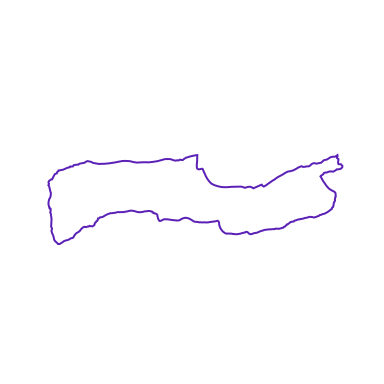 outline of Parklai, Xaignabouri, Laos, rotated 55°
{"feature_id": "54806243B45153092091690", "entity_name": "Parklai", "entity_type": "district", "adm_level": 2, "iso_a3": "LAO", "parent_name": "Laos", "parent_adm1": "Xaignabouri", "projection": "albers", "projection_center": [101.569, 18.46], "detail": "fine", "context": "isolated", "style": "outline", "palette": "violet", "viewbox_px": 384, "rotation_deg": 55, "n_neighbors": 0, "source": "geoboundaries", "source_scale": "gbopen_adm2", "svg_char_len": 5983}
<svg xmlns="http://www.w3.org/2000/svg" viewBox="0 0 384 384"><g transform="rotate(55 192 192)"><path d="M163.1,293.2L163.0,291.8L163.1,290.9L161.7,289.4L161.8,288.7L161.3,287.4L161.1,287.0L161.3,286.2L160.9,285.3L160.7,285.1L160.4,285.0L160.2,284.3L159.9,284.1L160.1,283.9L160.2,283.7L160.2,283.2L160.2,282.4L160.0,282.0L160.9,280.1L161.4,278.6L161.3,277.9L161.3,277.4L161.6,274.6L161.9,273.8L161.9,273.4L162.6,270.9L163.2,270.1L163.8,269.0L165.1,266.5L165.4,265.4L166.0,264.1L167.1,262.8L168.5,260.5L169.4,259.4L169.9,257.9L170.5,256.8L171.7,253.7L172.5,252.3L174.6,250.1L177.2,248.1L178.0,247.2L178.5,246.4L179.1,245.7L179.3,245.2L180.2,243.4L180.6,242.1L181.7,240.3L182.5,238.6L183.8,237.1L185.1,236.0L185.7,235.9L186.1,236.1L186.4,235.9L186.4,235.6L186.6,235.4L186.8,235.3L187.1,235.6L188.1,235.0L188.2,234.7L188.5,234.5L189.1,234.0L189.9,233.6L190.8,233.5L191.2,233.7L191.9,234.1L194.3,235.0L194.8,235.2L196.5,235.3L196.8,235.3L197.3,235.0L197.4,234.8L197.9,233.4L197.9,232.7L198.2,230.8L198.5,230.2L198.7,229.9L199.0,229.7L199.9,228.3L200.8,227.2L203.6,224.3L206.6,220.8L207.6,219.4L208.0,218.2L208.0,216.3L208.5,214.2L208.8,213.2L209.6,211.8L210.3,211.1L211.7,209.9L212.9,209.2L214.6,208.4L217.1,207.4L218.3,206.4L220.0,204.3L221.0,203.5L221.6,202.5L222.3,201.7L223.0,200.8L223.5,199.9L224.2,199.0L224.6,198.3L225.4,197.5L225.9,196.5L226.4,195.7L227.0,194.2L227.4,193.7L227.6,193.1L228.8,190.9L229.6,189.3L230.0,188.0L230.4,187.4L231.3,187.2L232.4,187.3L233.9,188.2L234.7,188.6L235.2,188.8L237.8,189.5L238.2,189.4L238.7,189.5L239.6,189.5L240.4,189.6L242.8,189.2L244.9,188.4L245.4,188.0L245.8,187.6L246.2,187.3L246.3,187.0L246.6,186.4L248.3,184.2L248.9,183.3L249.7,182.8L250.4,181.7L251.3,180.9L252.6,179.0L253.9,176.2L254.4,174.5L254.8,173.6L255.1,172.6L255.6,171.8L255.7,171.4L255.6,170.9L256.1,169.9L256.8,169.5L257.9,169.3L258.9,169.1L259.5,168.8L260.2,168.2L260.8,166.8L261.0,166.4L261.0,165.6L261.2,165.2L261.7,163.9L262.4,162.7L262.7,161.7L263.6,157.4L264.0,156.8L264.0,156.5L264.4,155.4L264.6,154.5L266.2,151.4L266.7,150.4L267.4,149.5L268.9,146.9L270.0,145.2L269.9,144.9L269.9,144.7L270.8,143.3L271.5,142.4L271.9,142.2L272.3,141.2L273.3,138.3L273.6,137.5L273.3,137.1L273.3,136.5L273.4,136.0L273.6,135.8L273.3,133.9L273.0,132.9L273.4,132.5L273.3,132.1L273.3,130.9L273.3,129.5L273.1,129.0L273.1,128.6L273.5,127.8L273.6,127.2L273.9,126.8L274.4,125.9L274.5,125.6L274.3,125.1L274.3,124.5L275.0,122.5L275.2,121.3L275.5,120.9L275.7,120.1L276.1,119.6L276.2,119.4L276.2,118.9L277.0,117.5L277.2,116.9L277.5,116.4L277.6,115.9L277.8,115.5L278.0,114.5L278.8,112.9L279.8,109.9L280.2,109.5L280.5,109.1L280.8,108.6L281.1,108.3L281.9,107.5L282.9,106.7L283.3,105.4L283.5,105.0L283.8,103.6L284.3,102.0L284.2,100.4L284.7,99.5L285.1,97.3L285.6,96.4L285.9,95.3L285.9,94.8L286.1,93.4L286.2,91.8L286.1,88.4L286.0,88.0L286.0,87.3L285.8,87.3L285.7,87.1L285.2,86.1L285.1,85.6L285.2,85.1L284.5,84.1L284.0,83.8L283.5,83.2L282.4,82.2L282.2,81.6L281.8,81.4L281.4,80.3L281.2,79.9L280.8,79.6L280.4,79.5L279.3,78.4L278.7,77.9L278.4,77.6L278.3,77.0L278.0,76.7L277.3,76.4L276.2,75.6L274.7,75.0L273.3,75.3L270.7,76.7L268.6,77.6L267.5,77.9L266.3,78.1L264.0,78.3L257.9,78.3L253.7,77.8L252.9,77.8L252.7,77.0L252.7,74.2L252.1,73.2L252.4,72.0L253.3,70.4L254.0,67.7L254.9,66.3L256.4,64.5L256.6,61.4L256.5,60.4L257.4,59.1L258.3,56.8L258.0,54.8L256.8,53.8L254.7,54.1L253.3,56.0L252.0,55.7L250.8,54.7L249.1,53.2L248.4,53.5L247.2,53.7L246.7,53.3L246.6,52.8L246.0,52.1L245.7,51.9L245.2,51.7L245.2,54.1L244.8,55.1L243.9,56.3L243.0,58.4L242.8,62.8L241.6,65.8L242.1,69.3L240.2,73.7L238.4,75.4L237.8,77.1L237.8,78.4L238.1,80.1L237.9,81.8L236.8,83.3L236.2,84.9L235.1,86.7L233.8,87.4L233.3,88.9L232.9,91.0L232.8,93.0L232.4,96.4L231.5,99.2L230.3,101.6L229.8,104.6L229.7,107.6L229.0,113.8L229.1,117.5L228.9,119.4L228.9,122.1L228.9,125.6L229.0,127.4L228.7,130.1L227.3,130.7L226.0,130.7L225.6,132.2L224.2,139.6L222.5,140.3L220.8,141.6L219.9,143.4L218.8,146.4L216.8,147.7L215.6,148.9L210.4,156.7L209.1,159.0L207.2,162.0L206.6,162.7L205.3,164.5L203.7,166.1L201.5,168.0L199.8,169.3L197.3,170.8L196.2,171.3L194.7,171.6L192.9,171.8L190.6,171.9L186.9,171.6L184.3,171.0L183.1,170.9L179.9,170.2L179.1,170.1L178.5,170.7L178.2,171.6L177.5,173.3L176.4,174.1L175.7,174.3L174.6,173.9L172.2,172.3L171.1,171.3L169.4,169.9L164.8,166.5L163.5,169.0L161.8,173.2L160.4,177.5L160.4,179.9L160.5,181.2L159.7,182.3L158.6,183.3L158.5,183.7L158.5,184.8L158.3,185.2L157.7,185.7L157.3,186.4L157.0,187.3L156.7,187.7L155.6,188.6L155.4,188.9L152.7,190.8L151.0,193.1L149.5,195.4L147.1,202.2L145.1,206.4L142.9,210.4L140.6,213.5L138.3,217.0L136.5,220.0L134.0,222.7L131.3,225.0L128.7,228.2L126.7,231.2L124.5,236.1L123.6,238.2L120.8,243.8L118.9,247.1L115.6,252.2L111.5,256.3L109.4,257.4L106.8,259.8L106.4,261.2L106.4,263.3L106.1,263.8L105.1,266.2L104.4,267.6L104.2,268.4L104.4,268.9L104.4,269.4L103.2,271.3L102.4,273.0L102.2,273.7L102.5,274.3L102.6,274.5L102.7,274.9L102.3,275.7L101.2,277.3L101.2,277.6L101.6,278.0L101.0,279.4L100.6,280.5L99.8,284.8L97.8,289.1L98.3,289.5L98.3,290.6L98.4,291.1L99.2,292.0L98.8,293.5L98.7,294.1L100.1,297.0L101.3,299.0L101.3,299.5L101.0,299.8L100.9,300.0L101.0,300.8L100.9,301.9L101.0,302.9L101.6,303.9L102.1,304.2L103.0,304.3L103.7,304.9L104.1,305.4L104.1,305.7L104.9,305.7L106.0,306.0L110.0,307.6L112.0,308.2L114.5,310.4L115.4,311.8L116.1,313.3L118.1,315.4L119.7,316.6L121.7,317.4L121.8,317.3L122.4,317.4L123.1,318.0L124.1,317.5L124.3,317.5L124.2,317.8L124.4,318.0L124.7,318.0L125.0,317.8L125.5,318.0L126.4,318.6L126.7,319.1L127.6,320.0L128.3,319.9L133.5,322.5L137.5,325.6L139.5,327.2L141.8,327.7L143.3,329.5L145.5,330.2L147.3,330.5L149.6,331.2L152.1,332.3L153.8,332.3L156.9,331.6L157.7,331.6L158.7,330.3L158.9,327.1L158.8,324.8L160.1,321.1L160.4,319.9L160.4,318.2L160.8,316.9L161.2,316.2L161.0,314.9L160.1,313.2L159.6,311.6L159.4,310.0L159.6,308.4L159.6,306.5L158.8,304.0L158.5,301.7L158.7,300.2L160.1,298.8L160.4,297.3L161.0,296.5L160.9,295.4L161.6,294.9L163.1,293.2Z" fill="none" stroke="#5b21b6" stroke-width="2"/></g></svg>